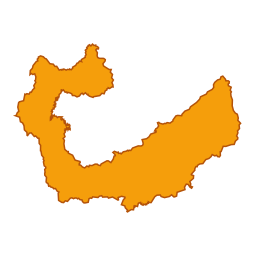 Quibdó, Chocó, Colombia
{"feature_id": "7082276B88455186246146", "entity_name": "Quibdó", "entity_type": "district", "adm_level": 2, "iso_a3": "COL", "parent_name": "Colombia", "parent_adm1": "Chocó", "projection": "mercator", "projection_center": [-76.757, 5.984], "detail": "fine", "context": "isolated", "style": "filled", "palette": "amber", "viewbox_px": 256, "rotation_deg": 0, "n_neighbors": 0, "source": "geoboundaries", "source_scale": "gbopen_adm2", "svg_char_len": 5669}
<svg xmlns="http://www.w3.org/2000/svg" viewBox="0 0 256 256"><path d="M112.9,84.8L111.9,82.7L113.4,80.0L111.6,77.8L112.5,74.4L110.3,72.2L111.2,69.5L109.1,69.5L103.6,66.0L102.9,63.8L105.1,61.0L105.3,59.6L103.7,58.4L99.2,58.3L97.7,57.5L97.1,55.7L97.4,52.8L95.8,50.0L96.5,48.9L98.4,48.9L98.6,47.8L97.5,46.6L95.7,46.0L95.7,45.1L94.0,45.5L92.5,44.1L91.0,45.9L90.3,45.8L89.7,44.7L88.1,45.5L88.2,46.3L86.7,47.4L87.2,48.5L85.3,50.2L86.0,51.6L85.4,52.7L86.1,54.7L85.1,56.1L85.3,57.3L81.5,59.5L81.1,60.6L81.6,61.6L79.5,61.1L78.2,62.9L77.0,63.2L75.7,65.4L72.6,67.2L72.7,68.2L71.1,69.8L69.7,69.0L69.4,69.6L67.5,69.4L66.2,70.1L63.8,69.0L63.2,69.7L62.2,69.3L61.8,70.1L60.7,69.6L59.2,70.1L56.7,66.3L54.9,66.4L53.3,64.2L49.9,63.7L46.3,58.9L44.9,58.4L43.4,56.8L40.6,55.9L38.4,57.0L38.3,58.3L37.3,59.1L37.8,60.9L36.3,61.5L33.1,65.5L32.4,68.3L30.3,70.5L30.0,74.6L31.3,73.5L32.8,74.5L34.7,73.8L35.9,76.9L35.5,80.1L34.9,80.7L35.8,82.3L33.8,85.6L34.5,88.1L32.7,89.8L31.3,92.3L30.2,92.1L29.1,94.1L26.8,93.7L25.7,94.5L24.9,94.1L23.6,100.7L19.4,101.8L18.6,102.7L17.8,107.1L18.8,111.4L17.4,112.5L16.1,115.5L15.4,115.7L19.6,117.2L20.4,121.7L22.6,122.9L24.0,125.7L24.4,129.9L26.9,132.3L27.1,135.4L27.6,135.6L29.4,133.1L31.3,132.9L34.3,136.5L35.7,136.0L37.8,138.2L39.0,138.3L39.2,143.5L40.6,145.3L40.5,150.8L41.0,151.1L41.7,155.2L43.6,157.7L43.2,159.3L44.1,160.7L43.4,161.8L44.2,165.8L45.7,167.0L45.8,168.1L44.7,169.4L45.1,172.5L44.7,173.0L44.8,175.2L46.5,177.3L46.1,181.7L46.4,182.6L48.0,183.5L48.7,186.2L49.9,186.0L50.5,186.9L52.8,187.6L53.7,188.8L55.5,188.5L57.3,191.3L58.9,192.0L58.2,193.4L58.6,200.4L61.8,202.4L63.6,202.6L65.3,200.8L67.5,201.4L70.3,198.2L71.9,197.8L73.5,198.7L74.9,198.0L76.7,198.1L77.6,198.9L78.7,198.3L80.0,199.7L82.0,199.9L82.5,201.6L83.9,202.9L85.3,202.9L88.2,202.3L89.0,198.7L90.4,198.0L91.7,198.3L92.6,196.9L98.0,197.5L99.4,196.2L101.7,195.7L102.6,197.1L107.6,196.9L108.5,198.1L112.5,197.0L118.0,200.1L118.5,199.8L118.1,197.5L121.6,196.3L124.9,197.1L125.0,197.9L123.3,199.9L121.4,204.7L124.8,205.9L125.3,207.8L127.5,210.1L126.9,211.4L127.5,211.9L131.1,209.6L133.5,209.8L134.1,206.4L134.5,206.8L134.6,206.1L135.2,206.6L135.6,205.9L137.5,206.5L138.3,203.4L139.3,202.7L140.0,203.1L140.6,202.6L140.9,203.9L141.7,203.6L141.5,204.5L143.1,205.2L143.8,204.1L145.4,204.9L146.5,204.6L146.1,203.9L148.1,203.4L147.8,202.6L148.4,202.6L148.4,201.8L149.6,202.6L151.1,202.6L154.8,196.7L156.9,195.2L160.3,195.0L161.1,196.5L164.5,197.6L169.4,196.5L171.6,194.8L173.8,196.9L174.6,196.9L176.6,196.1L177.1,192.3L185.0,189.6L184.5,187.1L186.3,184.1L188.1,184.4L190.0,187.2L191.6,188.2L192.4,186.9L190.1,185.8L190.8,184.0L189.8,181.5L193.4,178.4L193.6,175.6L191.5,174.9L191.3,174.3L194.9,170.1L194.7,168.9L195.9,166.6L197.2,166.7L197.5,165.4L199.6,164.0L202.9,163.6L205.7,159.6L208.9,158.5L211.0,156.7L212.2,154.6L214.8,155.9L216.6,155.3L217.6,156.6L219.4,156.9L220.4,155.5L220.2,151.8L221.1,151.6L223.2,146.3L225.8,146.4L231.3,144.6L234.2,144.4L235.4,141.1L237.7,139.1L237.8,137.6L236.6,136.0L237.9,132.9L237.5,130.9L239.5,128.6L239.1,125.0L240.6,123.3L237.8,120.3L238.3,118.1L237.3,114.2L235.3,113.1L233.4,110.5L232.2,105.8L232.4,99.9L231.0,96.1L230.7,93.0L231.4,91.9L230.2,90.2L231.2,87.2L228.4,85.7L228.1,84.1L229.1,83.3L229.3,81.6L228.2,80.8L225.9,80.8L225.5,79.3L222.8,76.1L221.0,76.8L220.2,79.2L217.6,79.9L214.7,82.4L213.5,84.7L213.7,87.4L212.2,89.4L207.5,91.9L206.3,94.1L200.5,96.8L199.7,99.1L196.5,102.5L190.5,106.8L189.3,109.3L184.9,111.1L182.0,114.3L181.7,115.7L177.6,115.4L175.9,115.9L173.0,119.9L172.9,121.0L170.0,123.1L167.1,122.6L165.8,123.6L164.9,123.3L163.0,124.1L159.6,123.2L158.8,122.3L157.5,122.7L158.6,126.0L157.2,128.0L155.8,128.8L154.6,131.0L156.2,131.1L155.9,132.3L150.7,134.1L149.0,136.8L146.6,138.7L142.1,139.6L143.1,142.9L143.1,144.4L142.4,145.4L141.2,146.0L138.2,145.9L132.6,148.0L130.8,150.5L129.1,150.2L128.6,150.9L127.4,150.3L126.6,151.1L123.3,151.8L121.1,153.9L120.5,153.2L118.6,153.4L118.2,152.1L117.3,152.5L114.4,151.3L112.9,152.4L115.0,154.5L115.3,155.7L114.1,156.1L113.2,159.2L110.9,162.6L108.4,160.9L107.0,160.8L101.1,164.0L100.4,165.6L98.3,165.1L97.4,164.2L95.1,164.1L92.0,165.6L89.4,165.3L88.8,166.8L86.9,166.0L84.7,167.9L82.4,167.0L80.6,165.1L79.2,164.9L79.3,163.3L80.2,162.7L80.0,161.5L75.1,160.1L72.6,155.2L68.4,153.2L68.3,151.6L67.5,151.7L64.8,149.4L63.9,143.8L64.4,140.3L63.1,138.5L65.0,136.7L64.0,133.8L65.2,132.2L64.7,130.5L65.7,130.7L66.0,130.0L65.2,129.1L66.6,128.7L66.7,127.9L67.3,128.7L66.9,129.2L67.8,129.1L68.0,130.0L68.6,129.0L70.1,129.7L70.1,128.3L68.6,127.8L69.6,127.6L69.9,125.3L69.0,124.4L67.8,126.0L68.1,124.8L67.4,123.9L67.2,125.0L66.1,125.6L65.6,123.5L64.5,123.5L64.1,122.0L64.3,121.6L65.2,122.3L65.1,120.9L63.9,120.7L63.7,119.3L62.6,119.6L62.4,118.9L61.4,119.8L60.9,119.2L61.1,117.8L62.0,116.9L58.6,116.8L57.3,117.6L56.5,116.3L54.6,116.1L54.2,114.9L52.6,116.6L52.6,117.8L51.8,117.9L51.3,119.6L50.4,120.1L50.5,117.5L51.1,117.6L50.8,116.9L51.5,116.6L51.1,116.0L52.1,114.9L51.5,113.8L52.5,111.8L51.5,111.3L52.2,110.8L51.8,110.1L53.3,109.1L53.2,108.4L54.1,108.7L54.1,107.6L55.3,106.8L54.7,106.5L55.0,105.4L54.1,105.4L54.9,104.6L55.6,104.8L55.7,104.0L54.7,104.1L55.6,103.1L54.4,102.1L55.7,100.7L55.7,98.8L56.5,99.2L57.0,100.4L57.7,99.8L57.4,98.5L58.2,98.0L56.8,97.5L59.0,96.6L59.2,94.4L60.6,93.3L61.4,91.6L61.2,90.0L61.7,89.8L62.3,90.7L63.4,89.9L65.1,92.2L66.8,92.0L67.2,93.0L68.4,92.5L70.4,93.1L71.8,93.9L72.4,95.5L74.7,95.6L77.0,96.9L79.4,96.0L81.2,93.6L82.3,93.2L83.3,94.5L85.4,92.8L87.1,94.5L88.0,94.4L88.0,95.2L89.7,96.3L93.1,97.4L93.6,96.7L99.8,95.6L101.9,93.3L104.1,93.8L105.3,90.7L106.8,90.0L106.8,89.0L108.0,88.5L108.2,87.7L109.6,88.5L112.0,86.9L113.1,87.0L112.9,84.8Z" fill="#f59e0b" stroke="#b45309" stroke-width="1.5"/></svg>